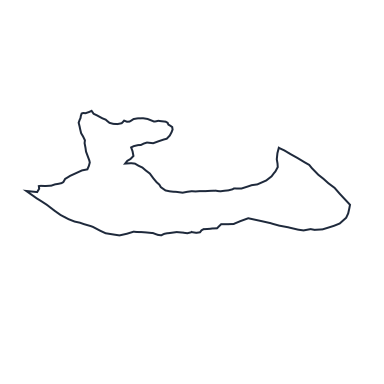 Lokoja, Kogi, Nigeria, rotated 115°
{"feature_id": "59680162B326996000256", "entity_name": "Lokoja", "entity_type": "district", "adm_level": 2, "iso_a3": "NGA", "parent_name": "Nigeria", "parent_adm1": "Kogi", "projection": "equal_earth", "projection_center": [6.483, 8.245], "detail": "fine", "context": "isolated", "style": "outline", "palette": "slate", "viewbox_px": 384, "rotation_deg": 115, "n_neighbors": 0, "source": "geoboundaries", "source_scale": "gbopen_adm2", "svg_char_len": 3377}
<svg xmlns="http://www.w3.org/2000/svg" viewBox="0 0 384 384"><g transform="rotate(115 192 192)"><path d="M115.2,132.0L120.7,131.0L126.5,129.0L130.1,126.5L133.2,124.8L138.2,125.1L140.3,125.7L144.2,126.5L150.2,129.6L157.5,136.0L160.6,140.8L163.3,143.6L167.9,148.6L169.8,152.6L171.0,155.4L172.5,156.5L175.2,159.8L176.9,162.7L177.9,164.3L179.2,166.3L179.5,167.0L180.0,168.3L180.8,171.1L182.9,175.3L185.6,180.3L187.9,185.3L190.0,189.0L191.4,192.6L193.9,196.5L196.6,200.2L198.5,206.3L199.7,209.2L200.8,212.5L201.8,216.7L200.8,222.3L199.4,224.3L199.1,224.8L198.1,228.2L196.0,232.7L193.1,238.0L192.0,243.1L190.8,247.3L190.8,251.5L190.4,255.7L191.6,259.3L194.5,264.6L191.1,263.8L188.1,261.7L184.1,260.3L180.2,263.1L177.3,266.0L175.0,264.1L172.3,260.7L171.0,258.2L168.5,256.2L166.2,253.7L164.2,247.8L160.0,243.6L156.3,239.7L154.4,237.4L150.2,236.0L146.5,235.8L143.6,236.0L141.5,237.4L141.1,239.7L140.9,241.9L139.6,243.3L139.4,245.6L141.1,250.6L141.7,252.6L143.4,254.8L144.2,256.2L144.4,260.1L144.6,263.2L145.8,267.4L148.3,272.5L150.6,275.8L152.9,277.2L154.6,278.4L155.8,280.6L156.0,283.7L157.7,284.2L159.4,284.8L161.9,288.2L163.5,292.1L164.2,296.0L163.5,298.8L162.9,300.8L163.1,304.4L162.7,310.6L162.7,314.2L160.9,317.3L162.9,319.0L165.6,321.8L166.4,324.0L167.5,325.2L170.0,324.9L172.1,324.3L174.1,324.3L177.1,324.0L180.2,321.5L182.1,320.1L185.6,317.3L187.7,314.2L190.4,310.9L193.1,310.0L197.0,307.2L200.2,305.1L206.8,298.4L208.5,297.1L211.9,296.5L215.7,296.4L218.9,300.8L229.0,309.4L229.5,309.7L230.6,310.4L232.4,311.6L233.7,312.5L237.4,312.8L239.1,314.0L241.1,316.6L243.0,319.4L245.7,322.2L248.6,327.5L250.3,331.6L251.4,333.3L253.6,331.9L257.5,332.3L261.1,342.6L263.4,330.0L263.7,327.3L264.0,324.9L264.9,318.4L267.1,308.5L268.4,301.3L268.8,292.4L268.4,285.9L267.2,280.6L266.8,276.4L265.7,269.4L265.5,267.1L265.9,258.7L265.9,254.6L265.9,252.9L263.5,244.5L262.0,239.4L257.3,233.3L252.6,228.1L251.8,225.7L250.7,223.1L249.7,220.9L248.0,216.4L246.0,210.7L245.9,210.6L245.8,210.2L245.7,210.0L245.7,209.9L245.5,207.0L245.3,205.1L245.3,204.9L245.2,204.8L245.1,204.2L244.5,202.4L244.4,202.1L244.3,201.8L244.3,201.7L244.2,201.5L243.9,201.3L243.8,201.2L242.5,200.2L241.6,199.4L240.2,197.5L240.1,197.4L239.0,195.5L238.5,194.7L238.4,194.6L238.3,194.4L235.4,189.9L234.7,188.8L234.7,188.7L232.4,182.4L232.4,182.1L231.8,180.3L231.4,179.0L231.4,178.9L230.3,177.5L228.5,175.3L228.4,175.3L228.4,175.1L227.7,172.6L227.2,170.9L227.1,170.7L225.2,167.8L225.1,167.7L223.7,167.4L222.7,167.2L220.8,165.8L220.8,165.7L220.7,165.6L220.2,164.6L219.1,162.6L218.9,162.2L218.5,161.5L217.9,160.4L216.9,158.8L216.8,158.7L216.7,158.6L215.0,155.3L214.4,154.1L214.2,153.9L212.1,153.2L209.0,152.0L208.9,152.0L208.8,151.9L206.2,146.3L206.1,146.1L205.6,145.0L205.5,144.9L203.5,140.9L203.4,140.7L202.4,139.9L198.9,136.7L198.6,136.4L198.4,136.3L192.1,130.0L192.0,129.9L191.3,126.7L191.2,126.5L191.2,126.3L188.9,116.2L187.4,109.3L187.2,108.4L187.1,108.2L187.0,107.4L186.7,105.1L185.7,99.2L185.7,98.9L185.4,97.9L183.2,89.4L183.2,89.1L181.9,82.9L181.3,80.0L179.7,74.7L176.5,70.2L175.5,68.8L174.5,64.9L172.5,61.2L170.7,57.9L167.2,54.0L162.8,49.2L160.9,47.4L158.1,44.8L150.2,41.4L145.4,41.4L140.4,42.5L136.8,43.4L131.2,57.3L128.0,64.5L126.4,72.2L124.5,78.4L123.0,84.8L121.2,89.5L119.7,93.5L117.9,97.2L117.5,102.4L116.6,110.8L116.0,119.2L115.3,125.9L115.3,130.9L115.2,132.0Z" fill="none" stroke="#1e293b" stroke-width="2"/></g></svg>